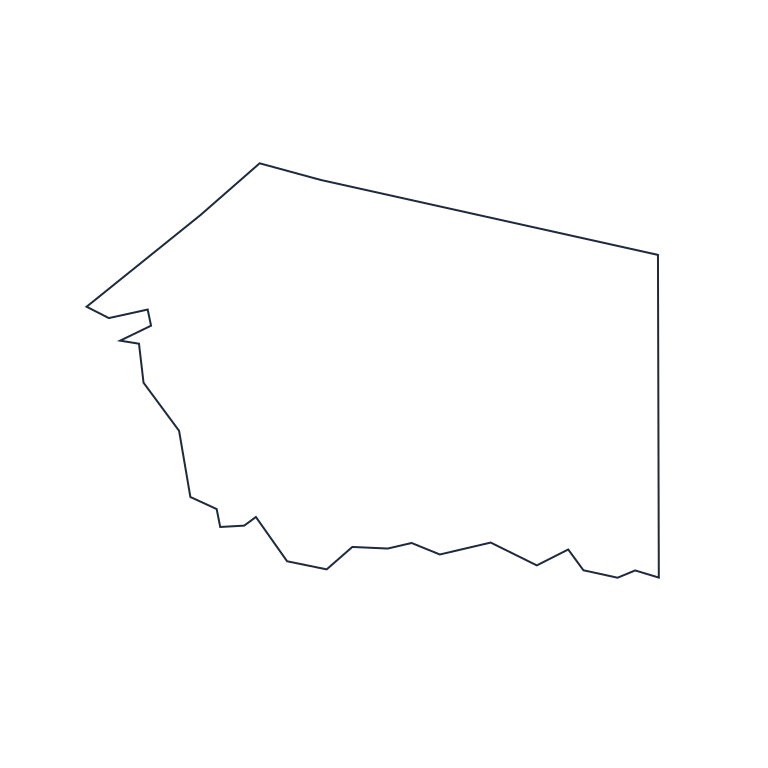 the district of Jasper, Georgia, United States of America, rotated 281°
{"feature_id": "52423323B27475125151595", "entity_name": "Jasper", "entity_type": "district", "adm_level": 2, "iso_a3": "USA", "parent_name": "United States of America", "parent_adm1": "Georgia", "projection": "equal_earth", "projection_center": [-83.762, 33.329], "detail": "fine", "context": "isolated", "style": "outline", "palette": "slate", "viewbox_px": 768, "rotation_deg": 281, "n_neighbors": 0, "source": "geoboundaries", "source_scale": "gbopen_adm2", "svg_char_len": 537}
<svg xmlns="http://www.w3.org/2000/svg" viewBox="0 0 768 768"><g transform="rotate(281 384 384)"><path d="M239.2,615.3L238.4,650.2L248.9,666.1L246.4,690.7L563.0,628.3L572.2,283.1L576.9,219.8L514.7,171.5L403.1,77.3L396.2,101.3L412.0,137.8L396.8,144.2L376.2,116.7L376.8,135.8L339.4,147.7L298.9,191.8L236.1,215.5L229.3,243.6L212.4,250.5L218.3,273.8L229.0,283.6L191.5,322.7L191.1,363.1L218.0,384.0L223.2,419.1L233.2,441.4L227.3,471.3L248.7,519.0L235.1,568.6L256.7,596.4L239.2,615.3Z" fill="none" stroke="#1e293b" stroke-width="2"/></g></svg>